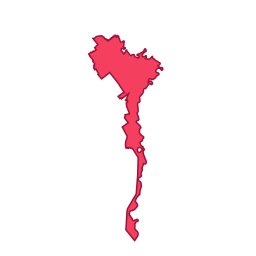 Las Cruces, Petén, Guatemala, rotated 231°
{"feature_id": "79465075B61221719902426", "entity_name": "Las Cruces", "entity_type": "district", "adm_level": 2, "iso_a3": "GTM", "parent_name": "Guatemala", "parent_adm1": "Petén", "projection": "natural_earth1", "projection_center": [-90.704, 16.86], "detail": "fine", "context": "isolated", "style": "filled", "palette": "rose", "viewbox_px": 256, "rotation_deg": 231, "n_neighbors": 0, "source": "geoboundaries", "source_scale": "gbopen_adm2", "svg_char_len": 5900}
<svg xmlns="http://www.w3.org/2000/svg" viewBox="0 0 256 256"><g transform="rotate(231 128 128)"><path d="M50.2,62.3L36.3,62.3L37.1,65.0L37.6,66.1L38.0,67.7L39.0,69.0L40.5,69.9L41.5,70.1L44.0,69.8L45.5,70.0L46.2,70.5L47.5,71.8L48.8,72.5L49.8,74.7L49.8,75.3L49.4,77.0L49.4,77.4L49.6,77.7L50.5,77.9L51.1,77.8L51.5,77.3L52.2,74.6L52.7,74.0L53.3,73.7L54.0,73.8L55.4,74.3L56.5,74.2L58.7,74.5L59.7,74.3L60.2,74.7L60.8,75.5L61.6,76.0L61.9,76.6L62.0,77.1L61.8,78.3L61.0,79.6L60.6,80.9L60.9,84.5L61.3,86.1L61.9,86.8L63.2,87.4L66.3,87.5L67.3,88.6L68.4,90.9L69.0,93.9L69.0,95.5L69.7,95.8L70.4,96.7L71.9,98.0L74.2,101.6L76.9,103.4L77.9,103.8L79.5,103.3L80.8,103.4L81.4,103.5L82.3,104.2L82.4,105.4L82.1,107.2L82.1,107.8L82.3,108.3L82.7,108.7L84.0,109.1L84.9,109.9L85.4,110.6L86.0,112.4L86.5,112.8L87.9,113.7L88.3,114.1L89.1,115.3L89.4,116.1L90.4,117.1L90.5,117.7L89.2,118.6L89.0,119.0L89.1,119.6L90.1,120.8L91.2,121.4L93.8,122.1L98.6,123.8L99.8,124.6L100.4,125.2L100.7,125.8L100.9,127.2L101.3,127.4L101.8,127.3L102.3,126.5L102.4,125.8L102.3,125.0L101.6,122.9L101.6,122.1L101.9,121.4L102.4,121.0L103.6,120.8L104.7,121.1L105.4,121.7L105.8,122.4L106.0,123.2L106.0,123.9L105.5,124.9L104.0,125.7L103.5,126.1L103.2,126.9L103.3,127.4L103.7,127.8L104.1,127.8L106.2,127.1L108.6,127.7L109.1,128.0L109.3,128.4L109.3,128.9L109.1,130.5L109.1,130.9L109.4,131.4L110.1,132.3L110.4,133.8L110.7,134.2L111.1,134.5L111.6,134.5L114.1,133.9L115.9,133.7L117.4,134.1L119.5,136.0L119.7,136.4L120.1,138.1L120.4,138.4L120.8,138.5L122.5,138.7L127.1,138.1L127.6,138.2L127.9,138.5L128.0,139.0L127.9,139.7L127.5,140.7L127.7,141.6L127.8,141.9L131.1,143.4L132.6,143.8L133.8,144.4L134.1,144.8L134.2,145.9L135.1,146.8L138.9,149.5L140.2,150.1L140.9,150.8L141.3,151.7L141.0,153.0L141.1,153.9L141.4,154.2L144.8,156.5L145.6,161.2L146.2,162.2L147.4,163.5L148.3,164.8L148.3,165.5L147.7,166.5L147.7,166.9L147.9,168.1L148.6,169.9L148.8,171.2L148.8,172.5L148.7,172.9L148.4,173.2L147.4,173.3L147.0,173.5L146.8,174.2L147.0,174.7L147.4,175.2L148.1,175.5L149.4,175.5L150.1,175.3L150.5,174.9L150.7,174.3L150.8,173.4L150.5,172.6L150.5,172.4L151.2,172.7L151.6,173.2L152.8,175.4L152.7,175.9L151.2,176.7L150.4,177.4L149.8,178.4L149.8,180.1L149.7,181.0L150.3,182.3L150.4,182.8L150.1,185.5L150.5,186.1L151.2,186.3L151.8,186.1L153.6,185.0L153.9,184.9L154.4,185.0L154.9,185.5L155.2,186.0L155.7,187.4L155.7,188.4L155.6,188.9L155.0,189.7L154.1,190.3L153.1,190.5L152.1,190.3L151.7,190.4L151.5,191.0L151.6,191.6L151.7,192.0L152.2,192.3L152.9,192.6L153.6,192.5L154.1,192.1L154.6,191.0L155.0,190.6L155.4,190.5L156.2,190.7L157.2,190.4L157.5,190.5L157.4,191.8L157.5,193.0L157.7,193.5L158.2,193.7L158.7,193.7L159.6,193.2L161.0,192.9L162.1,192.3L164.5,191.7L164.8,191.9L165.6,191.4L166.6,191.2L167.4,191.4L168.0,192.0L168.3,192.0L168.4,191.4L168.1,190.4L168.2,188.7L168.4,187.5L169.5,186.1L169.8,186.0L170.7,185.9L171.0,185.1L171.3,185.1L171.1,186.2L171.4,186.8L172.1,187.5L172.6,187.6L173.0,187.1L173.2,185.9L174.1,184.2L175.3,184.5L175.9,184.8L176.4,187.9L176.5,189.1L176.3,190.2L176.5,190.5L176.6,190.8L178.2,191.4L178.5,191.4L178.8,191.0L178.9,190.4L178.0,188.9L177.9,187.5L178.2,185.2L178.7,182.9L179.3,181.7L179.2,181.1L178.8,180.8L178.2,180.9L177.7,181.7L177.3,181.8L176.1,181.4L175.8,180.6L175.9,180.2L176.3,179.8L178.9,178.2L179.5,178.2L180.3,178.8L180.8,178.9L181.9,178.3L182.2,177.7L182.4,176.2L182.8,175.7L184.1,175.4L185.8,175.5L186.3,175.7L187.7,175.4L188.3,175.5L189.2,176.0L189.4,176.0L189.6,175.5L189.5,175.2L188.1,171.9L188.3,171.3L188.8,171.2L190.7,171.7L192.1,171.4L192.6,171.5L193.1,171.9L193.7,172.7L193.7,173.5L193.5,173.8L193.0,174.1L192.2,174.0L191.8,174.2L191.4,175.2L191.6,176.0L192.2,176.3L193.3,175.5L193.8,175.6L197.8,179.6L198.3,179.5L198.5,179.2L198.6,178.9L198.6,178.6L198.3,178.3L198.4,177.7L199.0,176.8L199.5,176.5L200.6,176.6L202.2,177.3L203.7,177.6L205.2,178.4L205.9,178.1L205.7,178.0L205.8,177.7L205.5,177.8L205.6,177.6L205.5,177.2L205.8,176.2L206.1,176.1L207.1,176.7L207.4,176.7L207.5,176.5L207.6,176.8L208.0,176.6L208.1,175.0L208.3,175.2L208.3,174.6L208.5,174.4L208.3,174.2L208.4,173.3L208.2,173.5L208.0,173.4L208.2,173.2L207.9,172.9L208.1,172.5L208.2,172.8L208.3,172.7L208.4,172.3L208.3,172.2L208.2,171.8L208.3,171.8L208.3,171.6L208.2,171.6L208.1,171.4L208.3,171.2L208.2,170.9L208.3,170.8L208.2,170.7L208.3,170.3L208.0,170.1L208.0,169.8L208.2,169.6L208.2,169.0L208.3,169.0L208.2,168.0L208.4,168.1L208.5,168.0L208.4,167.8L208.6,167.7L208.9,167.8L208.9,167.6L209.0,167.7L209.4,167.6L209.6,167.5L209.7,167.3L209.6,167.1L210.1,167.0L210.2,166.8L210.3,166.9L210.5,166.7L210.8,167.0L211.2,166.6L211.5,166.7L211.8,166.3L212.0,166.3L212.1,166.1L213.6,166.4L213.9,166.3L214.0,166.1L214.6,165.9L214.9,166.0L216.3,165.6L218.7,161.7L219.0,160.6L218.8,158.5L219.7,157.1L211.8,157.1L211.4,152.6L208.9,152.6L208.9,149.4L209.6,149.4L209.7,146.6L210.2,146.6L210.2,144.0L207.9,143.9L208.0,143.6L202.6,143.5L202.3,143.4L202.2,142.7L201.8,142.6L201.8,142.8L201.2,142.6L198.9,142.5L198.5,141.5L197.7,141.4L197.9,140.4L196.5,139.7L196.5,139.3L195.5,139.0L195.4,139.4L194.6,139.5L194.6,138.9L194.2,138.8L194.1,140.2L188.4,139.2L188.5,138.3L182.8,138.4L182.6,148.7L169.9,148.6L158.0,147.4L158.4,147.1L158.8,140.2L156.0,140.2L156.0,141.2L154.7,141.2L154.8,142.8L154.6,142.8L154.5,150.0L153.3,148.0L153.2,147.6L152.8,147.2L151.2,144.5L151.4,143.9L150.8,143.3L150.2,144.0L149.9,144.9L149.4,144.7L148.4,143.9L148.5,142.3L145.5,140.5L138.3,138.2L138.2,137.3L138.5,137.3L140.2,134.0L139.3,133.5L137.9,131.6L132.0,131.5L132.4,124.2L121.8,122.1L118.9,117.8L117.5,116.3L115.8,114.9L114.5,114.2L114.2,114.5L114.0,114.4L113.9,114.0L113.4,114.6L113.2,114.6L113.2,114.8L112.8,114.6L112.7,114.9L112.5,115.0L112.2,115.6L111.8,115.6L111.8,115.9L112.0,115.9L112.1,116.2L111.8,116.8L111.2,117.2L111.3,117.3L110.1,117.6L110.0,118.0L109.3,118.3L109.2,118.6L98.8,117.4L86.2,106.7L71.6,92.9L65.5,76.7L63.4,74.4L50.2,62.3Z" fill="#f43f5e" stroke="#9f1239" stroke-width="1.5"/></g></svg>